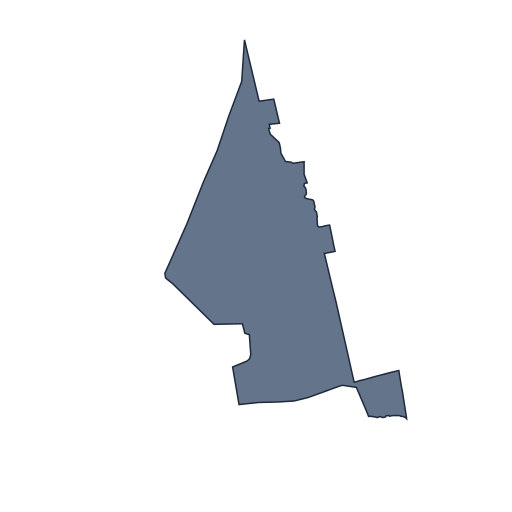 Santa María Coyotepec, Oaxaca, Mexico, rotated 249°
{"feature_id": "50627088B52914360802824", "entity_name": "Santa María Coyotepec", "entity_type": "district", "adm_level": 2, "iso_a3": "MEX", "parent_name": "Mexico", "parent_adm1": "Oaxaca", "projection": "mercator", "projection_center": [-96.717, 16.972], "detail": "fine", "context": "isolated", "style": "filled", "palette": "slate", "viewbox_px": 512, "rotation_deg": 249, "n_neighbors": 0, "source": "geoboundaries", "source_scale": "gbopen_adm2", "svg_char_len": 2251}
<svg xmlns="http://www.w3.org/2000/svg" viewBox="0 0 512 512"><g transform="rotate(249 256 256)"><path d="M99.1,339.6L100.7,325.1L102.1,310.5L102.4,309.1L102.5,308.3L102.6,307.7L102.5,306.7L103.0,302.4L109.4,303.3L136.0,307.2L185.4,314.4L198.3,316.0L220.9,319.0L233.6,320.7L233.9,320.7L233.8,321.0L233.5,322.8L232.7,327.0L232.0,331.5L236.9,332.2L241.1,332.9L249.1,334.3L258.5,335.8L259.4,331.6L259.5,330.5L259.6,328.9L259.7,328.5L260.4,325.2L261.0,324.9L261.8,324.4L262.0,324.3L263.9,324.8L264.3,324.9L265.6,325.3L267.9,326.1L269.3,326.4L269.5,326.5L270.0,327.0L270.8,327.4L272.6,327.7L274.0,328.0L275.7,328.2L277.2,327.5L278.5,327.3L280.9,328.8L284.2,329.1L286.0,329.6L287.5,329.3L287.6,329.2L287.8,329.1L288.3,328.7L289.0,327.8L289.3,327.1L290.0,325.9L291.3,324.1L292.8,322.6L293.5,322.4L294.4,322.8L294.8,323.6L295.3,324.6L295.9,325.3L296.6,325.6L297.1,325.7L297.3,325.8L299.6,326.4L301.6,326.6L302.6,326.4L303.9,325.8L304.7,326.1L306.4,327.3L305.9,330.0L315.1,330.2L326.8,334.7L329.3,323.8L331.0,322.4L333.7,317.4L343.2,316.1L348.1,317.5L353.5,318.3L364.6,313.0L370.6,313.5L370.2,314.9L374.2,315.7L371.5,325.5L396.1,328.8L399.4,314.4L461.9,322.7L424.1,305.2L396.1,280.5L368.3,257.5L343.9,233.4L310.9,203.1L272.5,164.7L267.9,163.7L263.0,166.5L260.2,168.2L207.3,192.3L204.1,201.1L197.6,219.0L187.8,217.9L185.0,221.6L165.9,215.8L162.5,213.3L161.2,210.3L160.8,194.4L123.4,186.9L118.3,206.0L111.8,224.3L107.0,239.6L105.2,254.0L104.6,287.9L104.2,290.6L97.4,302.6L87.2,303.0L86.7,303.0L73.3,303.5L68.7,303.6L65.9,303.6L65.5,304.5L65.5,305.2L65.3,305.8L64.7,306.3L64.5,306.9L64.2,307.5L63.8,308.1L63.5,308.7L63.2,309.2L62.8,309.9L62.3,310.4L61.8,311.1L61.6,311.8L61.7,312.5L61.9,313.2L61.7,313.8L61.4,314.5L61.2,315.0L60.5,315.6L60.1,316.1L59.7,316.7L59.5,317.4L59.4,318.0L59.3,318.6L59.4,319.4L60.3,320.3L60.0,320.9L59.7,321.5L59.7,322.2L59.7,322.8L58.6,323.2L58.4,323.9L58.4,324.6L58.3,325.2L58.2,325.8L58.0,326.4L57.7,327.2L57.5,327.8L57.3,328.5L57.0,329.0L56.9,329.6L56.5,330.2L56.3,331.0L56.2,331.6L55.9,332.0L55.5,332.7L55.1,333.3L54.4,333.8L54.1,334.5L54.0,335.1L53.4,335.6L52.9,336.2L52.5,336.8L52.1,337.3L50.1,338.3L51.3,338.6L78.7,344.5L79.6,344.5L96.2,347.9L97.9,348.3L99.1,339.6Z" fill="#64748b" stroke="#1e293b" stroke-width="1.5"/></g></svg>